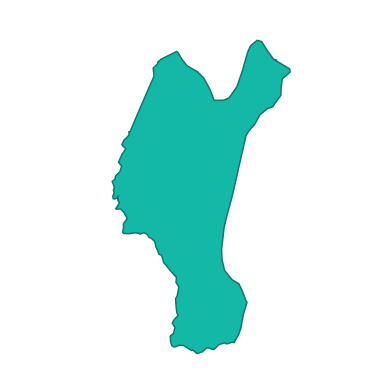 Panta, Bong, Liberia, rotated 188°
{"feature_id": "62588387B50517390877930", "entity_name": "Panta", "entity_type": "district", "adm_level": 2, "iso_a3": "LBR", "parent_name": "Liberia", "parent_adm1": "Bong", "projection": "natural_earth1", "projection_center": [-9.186, 7.22], "detail": "fine", "context": "isolated", "style": "filled", "palette": "teal", "viewbox_px": 384, "rotation_deg": 188, "n_neighbors": 0, "source": "geoboundaries", "source_scale": "gbopen_adm2", "svg_char_len": 2783}
<svg xmlns="http://www.w3.org/2000/svg" viewBox="0 0 384 384"><g transform="rotate(188 192 192)"><path d="M268.9,211.2L265.3,207.9L266.2,202.1L269.5,197.9L270.0,196.7L269.9,194.1L272.5,191.4L270.5,187.8L269.5,185.4L270.1,183.0L269.0,180.3L269.9,176.7L269.1,174.4L267.8,174.3L265.4,175.4L264.8,177.3L264.2,175.6L264.5,174.2L263.4,172.3L262.5,172.0L262.7,170.6L263.6,167.9L264.8,165.8L265.2,164.9L264.2,164.5L262.1,165.0L260.9,165.3L260.5,165.3L258.8,164.1L257.5,162.9L256.3,162.1L256.0,161.8L255.5,160.6L253.8,158.8L253.2,158.2L252.8,155.8L254.4,153.1L255.4,151.5L255.4,149.5L254.9,148.0L255.0,144.8L254.9,142.3L253.8,141.4L251.7,141.7L249.6,141.7L242.6,143.7L238.9,143.7L237.9,143.1L236.6,143.6L234.1,145.0L232.5,144.6L230.3,143.7L229.2,142.4L228.3,141.1L226.2,140.6L224.0,139.2L223.2,138.7L222.6,138.4L221.4,136.4L220.2,132.7L218.1,129.6L215.9,125.6L213.5,125.2L211.7,121.9L210.3,118.2L207.3,115.7L202.8,111.3L198.0,107.4L195.6,105.4L195.3,101.1L195.3,100.3L191.8,96.2L192.2,87.1L193.4,84.1L191.7,75.8L190.1,70.0L188.7,67.8L192.1,62.7L193.3,59.4L190.0,55.5L190.7,49.5L193.5,46.2L192.3,40.4L190.4,36.9L188.4,36.1L186.5,36.5L183.6,38.4L178.9,38.8L170.5,35.0L169.1,35.7L165.7,33.4L164.6,32.7L159.6,35.1L155.9,39.5L154.1,40.0L150.5,39.1L148.4,39.1L146.0,42.0L144.5,44.4L139.9,46.7L138.3,47.1L136.4,46.4L130.7,49.1L129.3,48.7L126.0,57.4L124.7,63.7L124.6,65.3L124.3,73.8L124.1,77.8L122.2,90.3L123.6,92.2L128.1,100.5L132.8,107.6L140.1,110.7L148.8,118.8L148.9,119.1L152.7,128.8L152.8,129.2L154.7,138.9L155.1,154.5L155.3,160.8L155.2,162.1L154.2,173.3L151.8,191.8L150.5,206.3L150.4,207.5L148.8,226.6L148.7,227.6L146.4,254.8L144.2,260.5L143.7,261.2L139.4,267.5L135.6,277.7L129.1,284.9L123.9,287.6L121.8,292.1L118.4,298.3L117.5,300.0L118.3,307.5L118.3,313.8L118.3,316.6L111.5,324.4L112.1,326.5L112.4,327.5L127.2,333.8L126.9,334.4L129.7,334.7L137.8,343.2L140.2,346.2L142.2,348.6L144.0,350.7L148.6,351.3L154.5,344.7L155.3,341.9L156.0,339.5L156.4,337.8L157.1,332.8L158.9,319.7L162.1,302.7L168.3,290.5L169.2,290.0L170.1,289.3L173.2,287.4L178.6,286.4L180.4,286.2L182.9,285.8L185.1,290.0L188.3,295.8L193.6,303.0L194.9,304.7L195.1,305.1L196.2,306.5L201.6,310.6L203.2,311.8L204.1,312.2L209.8,314.4L214.3,316.2L220.2,321.8L225.6,328.4L226.1,328.6L226.9,329.0L227.0,328.9L228.1,328.1L230.6,326.4L240.8,319.4L241.1,319.2L243.6,316.3L243.8,316.1L244.1,313.7L247.4,309.7L247.7,309.0L247.1,306.9L246.7,305.4L245.7,301.4L248.7,291.0L249.8,287.1L252.9,275.6L254.5,270.0L257.3,259.7L259.7,250.8L260.4,248.1L261.7,243.0L262.8,242.9L262.4,239.9L262.6,239.4L264.0,237.1L266.3,234.3L266.5,234.1L267.5,230.8L267.7,230.1L268.0,229.3L267.3,228.4L266.8,227.8L266.6,227.7L264.2,226.2L263.7,225.3L264.0,224.8L266.7,219.3L267.1,217.7L268.5,212.9L268.9,211.2Z" fill="#14b8a6" stroke="#0f766e" stroke-width="1.5"/></g></svg>